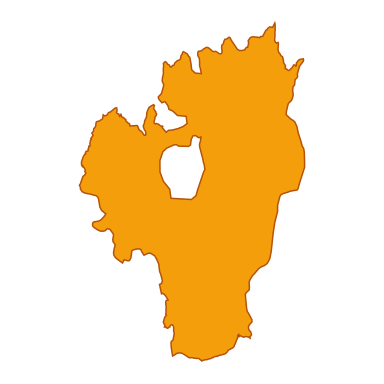 outline of Oïcha, Nord-Kivu, Democratic Republic of the Congo
{"feature_id": "63176286B86170870415972", "entity_name": "Oïcha", "entity_type": "district", "adm_level": 2, "iso_a3": "COD", "parent_name": "Democratic Republic of the Congo", "parent_adm1": "Nord-Kivu", "projection": "equal_earth", "projection_center": [29.505, 0.401], "detail": "fine", "context": "isolated", "style": "filled", "palette": "amber", "viewbox_px": 384, "rotation_deg": 0, "n_neighbors": 0, "source": "geoboundaries", "source_scale": "gbopen_adm2", "svg_char_len": 5940}
<svg xmlns="http://www.w3.org/2000/svg" viewBox="0 0 384 384"><path d="M161.5,293.8L162.6,293.3L164.3,294.4L165.8,296.1L168.1,300.0L166.4,300.4L165.9,301.2L165.7,303.5L166.2,307.5L165.9,309.9L166.1,311.3L165.8,314.4L166.4,315.2L164.8,317.1L163.3,322.0L164.1,324.0L164.9,325.0L164.9,325.7L164.4,327.0L166.2,327.2L167.0,328.2L167.9,328.2L168.8,327.2L169.8,327.0L170.3,325.4L171.3,324.8L172.4,324.8L173.2,325.9L173.7,327.6L173.6,330.6L174.2,333.5L173.1,339.8L171.4,341.4L171.0,342.8L171.2,347.1L172.6,356.0L175.1,354.6L176.7,353.4L179.2,352.9L180.6,353.0L182.0,353.3L183.5,354.0L188.8,357.5L189.9,357.8L191.8,357.6L194.4,358.2L199.1,358.6L201.8,361.0L202.9,360.4L205.4,359.7L206.8,359.7L208.9,358.9L210.7,358.6L212.0,357.8L213.3,357.5L214.0,356.8L216.7,356.2L217.4,356.4L219.2,355.3L221.3,355.0L225.4,353.7L227.0,352.2L227.5,351.6L228.1,350.4L229.2,349.7L232.5,348.0L233.4,347.3L234.1,346.3L234.4,345.8L234.5,344.9L235.2,343.8L236.7,339.7L237.5,338.5L237.5,337.5L238.0,336.8L239.1,336.7L239.5,336.4L239.4,336.2L238.4,336.3L237.6,336.0L237.7,335.4L238.1,335.2L238.7,334.5L238.9,335.1L239.2,335.1L239.6,335.6L239.9,335.4L242.0,336.6L243.9,337.2L244.3,336.8L245.8,336.6L247.3,336.7L248.7,337.2L250.2,338.2L250.2,337.9L249.2,337.0L250.7,336.0L251.5,334.7L250.6,331.5L249.5,330.7L248.7,329.1L248.4,327.0L248.9,325.6L250.3,323.7L251.9,322.1L251.9,319.7L248.7,313.6L247.3,311.5L246.6,308.3L245.3,294.5L246.1,292.8L249.2,289.9L249.4,287.5L249.2,284.1L249.2,281.8L249.9,280.0L252.6,275.4L253.9,274.3L258.8,268.5L261.9,266.5L264.2,265.7L266.9,263.7L268.2,261.8L269.9,258.3L271.2,251.5L273.2,232.9L274.9,221.9L277.6,211.4L277.6,205.4L279.8,196.7L280.8,194.9L283.3,193.5L287.8,192.2L290.2,191.2L297.1,190.0L297.9,189.0L299.9,182.0L304.6,167.2L304.6,162.3L304.3,152.3L303.7,148.6L302.1,145.7L300.9,141.1L298.3,133.1L296.9,126.5L294.9,122.1L293.6,120.8L290.3,118.6L286.1,114.6L286.3,112.0L287.9,104.9L288.6,103.2L291.1,100.8L292.3,98.7L293.2,95.0L292.7,90.4L293.0,86.9L294.6,84.8L295.1,79.7L297.2,77.6L297.6,76.4L297.3,74.1L299.1,67.8L299.9,65.7L303.2,61.4L303.6,60.0L303.3,58.8L299.5,59.5L298.3,60.4L296.3,63.2L296.6,65.1L295.8,66.1L294.9,65.0L293.8,64.9L291.9,67.9L289.0,70.5L288.2,70.4L286.0,68.7L285.2,68.6L285.2,66.8L285.6,66.0L283.6,62.7L283.3,59.6L282.5,56.8L280.9,55.6L279.7,53.3L278.8,52.5L278.0,49.8L278.4,43.2L278.0,42.4L276.5,43.0L275.7,42.7L274.6,40.4L275.0,35.4L274.9,31.8L275.2,30.2L275.1,24.2L274.8,23.0L272.6,27.4L269.6,26.9L267.8,28.4L266.9,29.8L265.9,30.2L262.7,36.4L260.5,36.6L259.7,37.6L256.6,37.1L252.6,36.8L251.0,37.2L250.0,38.0L249.4,39.0L248.2,40.5L248.6,43.5L247.6,47.3L246.3,47.4L244.4,50.1L241.6,50.5L239.4,50.5L237.4,49.3L231.3,40.3L230.1,37.7L229.0,37.2L226.6,39.1L224.9,39.3L224.0,41.0L223.3,43.8L221.8,45.2L221.6,47.7L222.0,50.7L221.9,52.9L220.9,53.8L219.9,53.8L218.8,53.5L217.4,52.3L215.7,51.4L213.6,51.6L212.5,51.2L209.4,48.5L208.1,47.6L206.5,47.3L203.7,48.9L201.4,50.8L198.2,51.4L197.7,53.5L197.9,55.7L199.4,58.7L199.6,62.2L199.6,66.1L200.3,68.2L201.3,73.6L195.2,73.1L191.7,69.8L191.0,63.8L189.8,57.3L188.7,56.4L187.4,54.0L183.5,51.7L182.7,52.2L182.1,54.3L181.0,55.7L180.5,58.7L179.8,59.7L177.0,60.9L174.8,63.0L173.9,65.3L172.5,65.5L171.3,67.1L170.0,66.6L169.4,65.1L167.7,64.3L166.4,62.3L165.2,61.6L163.4,63.4L163.6,66.1L163.3,69.0L163.4,73.9L162.5,77.5L162.2,81.2L163.6,84.3L163.5,86.3L161.5,93.4L159.9,95.3L158.4,96.6L158.3,97.7L159.0,99.4L161.9,102.8L165.0,101.6L167.9,105.6L169.0,109.4L172.9,111.1L177.5,115.5L186.1,116.3L187.1,123.5L183.2,126.5L177.9,128.6L171.9,130.1L168.5,130.3L166.1,132.3L162.4,127.8L162.2,127.3L162.8,126.5L162.6,126.1L161.0,126.2L158.4,124.2L156.5,123.5L155.3,123.8L154.5,123.5L154.0,122.6L154.1,121.3L154.9,118.8L154.7,117.6L156.4,115.1L156.6,114.1L155.9,113.0L155.9,112.0L153.6,108.7L154.4,105.4L153.4,104.7L149.6,106.9L148.6,108.1L146.8,112.7L146.5,117.1L144.7,120.7L144.4,123.1L143.3,125.7L143.5,127.3L144.5,130.0L145.4,131.0L145.8,132.9L145.8,134.3L145.5,135.3L144.5,135.2L143.7,134.7L142.3,132.4L141.2,131.2L139.4,130.1L138.6,128.7L137.8,126.4L137.1,125.5L130.0,126.0L129.8,124.6L129.2,123.5L128.3,123.3L126.0,121.0L125.8,119.4L124.4,118.8L123.7,117.6L122.1,117.3L120.9,114.4L119.8,116.5L119.4,116.0L118.9,114.1L117.1,113.4L116.5,112.3L117.0,111.2L117.0,109.5L116.6,107.8L115.2,108.0L110.1,112.2L108.6,112.5L107.4,114.5L106.3,115.4L104.6,115.9L103.2,114.8L102.7,118.3L102.1,119.2L98.9,121.1L96.8,121.6L96.1,122.4L95.7,126.0L95.0,127.4L93.7,128.7L93.5,131.1L91.8,133.1L93.1,135.3L90.7,138.7L91.3,139.6L90.3,140.6L90.3,142.0L89.8,143.6L90.2,145.6L89.8,146.1L88.7,146.2L88.9,147.8L88.1,148.8L88.3,150.2L87.8,151.1L86.9,151.0L85.8,151.8L85.4,152.6L85.8,153.9L84.7,154.3L83.1,157.0L81.6,161.5L81.4,163.4L81.7,165.4L82.0,165.8L82.8,165.6L82.9,166.2L82.6,166.7L84.4,168.0L85.3,170.4L84.8,171.6L85.8,172.8L85.1,174.5L82.9,176.5L80.3,184.0L79.4,185.2L80.4,187.3L80.4,189.0L82.2,191.7L84.2,192.8L87.6,193.7L89.5,193.9L96.1,195.7L97.3,196.6L97.9,197.4L98.5,198.8L99.9,207.1L101.6,210.4L105.8,213.9L103.9,216.8L101.1,219.7L99.4,220.7L98.1,221.2L93.8,221.9L92.9,222.8L92.5,224.1L92.7,226.0L94.2,227.6L97.2,229.6L100.3,231.1L103.1,231.2L105.2,230.7L107.3,228.6L110.0,229.4L113.2,233.8L113.5,235.4L112.8,239.4L113.0,241.6L115.0,244.4L115.0,246.1L114.3,248.0L113.5,253.0L114.0,255.5L115.5,257.6L117.3,259.2L122.5,263.0L124.2,259.8L127.8,260.8L129.4,260.6L130.9,257.9L131.9,250.7L133.6,249.8L136.0,249.2L138.7,248.8L140.8,249.5L141.7,251.6L144.0,255.2L148.3,253.2L150.7,253.3L154.8,255.9L157.1,260.2L158.7,264.0L159.6,271.3L160.9,274.9L162.4,280.7L161.5,283.5L159.5,284.4L161.5,293.8ZM166.7,148.1L174.2,144.8L176.8,144.8L178.5,146.1L188.5,146.4L190.5,145.0L191.2,139.5L192.9,135.9L195.6,135.6L198.1,137.4L199.3,137.7L200.9,137.0L200.5,140.8L199.5,144.2L199.7,147.1L202.7,158.5L203.4,162.2L204.3,165.0L204.8,169.7L203.6,172.0L197.4,190.5L196.0,195.7L191.4,199.5L171.0,198.3L169.7,189.2L163.4,181.3L160.0,172.1L159.9,160.6L162.9,151.7L166.7,148.1Z" fill="#f59e0b" stroke="#b45309" stroke-width="1.5"/></svg>